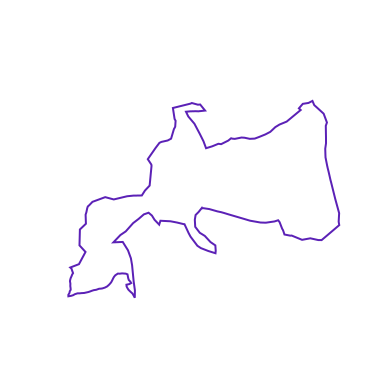 the district of Bende, Abia, Nigeria, rotated 72°
{"feature_id": "59680162B50576086706147", "entity_name": "Bende", "entity_type": "district", "adm_level": 2, "iso_a3": "NGA", "parent_name": "Nigeria", "parent_adm1": "Abia", "projection": "robinson", "projection_center": [7.629, 5.638], "detail": "fine", "context": "isolated", "style": "outline", "palette": "violet", "viewbox_px": 384, "rotation_deg": 72, "n_neighbors": 0, "source": "geoboundaries", "source_scale": "gbopen_adm2", "svg_char_len": 2879}
<svg xmlns="http://www.w3.org/2000/svg" viewBox="0 0 384 384"><g transform="rotate(72 192 192)"><path d="M274.9,279.1L267.9,276.7L258.9,275.1L243.1,271.6L236.2,270.6L227.7,270.9L218.1,273.3L215.6,282.3L210.8,273.4L209.0,267.2L203.4,257.6L201.1,251.1L198.4,244.7L198.3,239.7L202.0,237.4L206.9,236.2L212.9,233.3L209.6,230.9L213.2,221.5L216.4,215.7L220.2,209.5L220.3,209.1L230.1,207.9L234.0,207.2L244.8,203.5L248.1,200.9L253.1,194.8L257.5,188.6L255.2,187.6L250.0,186.3L245.3,189.9L237.7,193.4L233.2,197.2L226.1,199.7L219.3,197.9L215.0,195.7L213.0,191.8L211.4,189.4L210.3,187.7L210.7,187.7L210.7,186.6L213.6,180.8L218.3,173.8L220.2,170.5L220.8,169.6L221.2,169.0L221.8,168.1L224.6,164.1L230.2,155.9L234.1,150.2L237.2,145.7L242.2,136.3L244.0,131.3L244.5,128.4L245.5,122.6L245.5,118.8L247.7,118.0L254.9,117.6L256.0,117.3L257.4,117.2L261.0,117.2L263.9,112.0L264.2,110.7L271.5,102.1L272.6,93.8L276.7,86.8L277.8,83.6L275.1,77.0L269.0,62.2L265.6,61.7L257.6,58.6L242.7,57.9L225.6,56.7L223.5,56.6L220.3,56.3L214.6,55.8L210.4,55.5L209.8,55.4L209.2,55.4L208.5,55.3L201.7,54.5L201.4,54.4L200.7,54.4L200.3,54.3L199.6,54.1L199.2,54.0L197.1,53.4L196.1,53.1L192.0,51.9L187.1,49.5L181.8,47.8L179.2,47.0L170.4,44.3L167.6,42.2L164.9,42.3L158.2,42.6L150.4,47.0L147.8,48.5L147.5,48.7L147.1,48.9L142.6,49.3L143.3,53.7L142.4,59.4L145.5,64.5L147.6,63.3L154.3,80.2L154.9,88.0L155.9,92.1L155.9,92.4L159.0,99.0L159.9,104.4L160.4,111.2L160.6,115.8L159.3,120.6L156.6,125.3L155.5,128.1L154.7,134.9L153.7,137.2L153.0,138.2L154.3,141.6L155.5,149.5L154.3,152.0L154.8,158.7L154.7,165.1L147.3,165.4L139.3,166.6L127.8,168.6L119.0,172.2L113.8,172.9L114.7,168.9L116.3,163.5L117.2,161.1L118.6,154.4L111.3,157.2L110.8,159.4L107.3,164.7L107.5,166.0L106.2,184.2L117.2,186.0L117.5,185.9L119.2,185.6L124.7,187.8L126.1,189.2L126.5,189.7L134.8,195.4L135.5,199.2L134.9,205.6L135.2,207.8L138.9,213.1L147.1,223.9L153.3,222.2L154.6,222.4L172.8,230.3L176.1,236.3L179.8,240.8L177.3,249.0L176.0,255.0L174.9,268.7L170.1,276.1L170.1,276.7L170.6,289.7L172.7,293.6L173.6,295.6L175.1,296.7L178.6,298.7L180.7,300.2L189.4,302.7L193.0,310.2L208.0,315.5L216.1,311.8L225.7,321.8L226.2,331.1L227.6,330.3L229.4,330.3L232.4,330.2L233.5,331.5L235.0,332.7L236.4,334.0L237.6,334.8L239.0,335.6L241.6,336.0L243.8,336.8L246.0,337.2L247.5,337.6L248.6,338.9L250.1,339.7L251.6,341.4L253.0,341.8L253.4,338.9L253.4,336.8L253.0,335.1L253.0,332.1L253.7,330.0L254.0,328.4L254.7,325.8L255.1,321.6L255.1,319.6L255.0,317.9L255.0,315.8L255.4,313.3L255.3,310.3L255.8,308.3L256.0,307.0L256.0,304.4L255.6,301.9L254.5,299.4L253.0,296.9L251.5,295.3L249.7,293.6L248.6,292.4L247.5,290.7L246.7,287.8L247.4,285.7L247.8,283.6L248.5,281.9L249.2,280.2L250.4,278.8L254.3,279.3L256.2,279.3L258.0,278.4L259.8,278.0L260.2,280.1L259.9,283.0L261.7,283.4L263.9,283.0L265.4,282.6L267.9,281.3L270.1,280.0L272.0,279.6L274.9,279.1Z" fill="none" stroke="#5b21b6" stroke-width="2"/></g></svg>